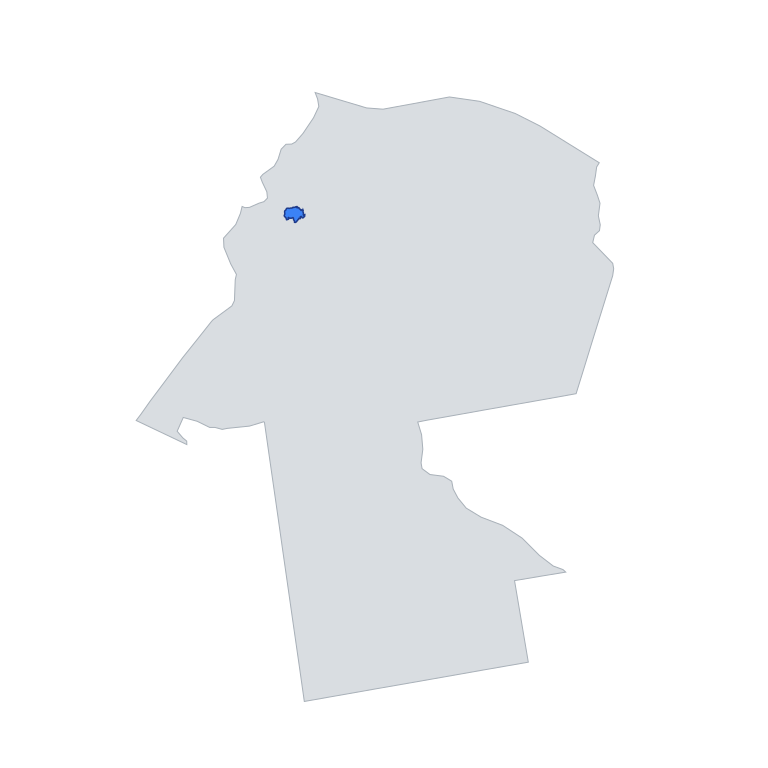 San Manuel Chaparrón, Jalapa, Guatemala shown in context, rotated 170°
{"feature_id": "79465075B10388039742951", "entity_name": "San Manuel Chaparrón", "entity_type": "district", "adm_level": 2, "iso_a3": "GTM", "parent_name": "Guatemala", "parent_adm1": "Jalapa", "projection": "natural_earth1", "projection_center": [-89.778, 14.534], "detail": "fine", "context": "in_parent", "style": "filled", "palette": "blue", "viewbox_px": 768, "rotation_deg": 170, "n_neighbors": 0, "source": "geoboundaries", "source_scale": "gbopen_adm2", "svg_char_len": 4007}
<svg xmlns="http://www.w3.org/2000/svg" viewBox="0 0 768 768"><g transform="rotate(170 384 384)"><path d="M133.6,564.5L136.9,560.8L139.7,552.1L143.1,543.2L141.1,532.9L139.9,524.5L143.7,512.4L143.4,503.2L145.2,497.6L150.9,494.0L153.9,487.0L137.8,463.1L137.8,457.6L140.0,450.9L153.2,425.3L168.9,394.9L186.1,361.3L196.5,341.1L234.3,341.0L259.3,341.0L291.0,341.0L325.5,340.9L348.1,340.9L357.4,340.7L355.8,327.6L357.1,313.0L361.2,299.9L361.2,294.0L354.5,286.9L341.4,282.8L334.2,276.5L334.1,268.5L331.0,258.9L324.6,247.5L311.5,236.0L291.6,224.1L274.7,208.2L260.8,188.3L249.0,175.4L239.9,170.1L237.7,167.2L264.4,167.5L289.6,167.7L289.8,139.1L290.0,113.7L290.2,85.0L335.9,85.1L390.4,85.1L447.0,85.2L491.5,85.2L517.6,85.2L516.4,120.8L515.1,162.0L514.1,192.3L512.8,232.8L511.4,274.1L509.6,330.4L508.4,366.8L508.9,367.7L523.8,365.9L545.8,367.5L551.2,367.4L558.0,370.6L563.2,371.5L574.4,379.7L587.5,385.9L595.9,373.4L591.5,365.9L588.2,362.0L588.7,358.6L634.4,391.1L629.0,396.1L617.4,407.6L596.3,427.4L577.5,445.1L559.3,461.1L543.0,475.6L541.1,477.0L520.3,487.3L516.8,492.1L512.4,512.5L510.3,517.5L514.1,528.9L517.9,546.4L516.7,555.5L502.3,566.8L495.8,576.9L492.9,583.5L490.3,581.8L485.8,581.3L475.6,583.8L470.6,584.4L466.5,587.3L466.0,593.6L468.8,603.8L469.8,609.1L466.9,611.5L454.3,617.6L449.3,623.7L444.5,633.1L438.9,637.1L433.2,636.3L429.1,637.7L420.3,644.8L407.1,658.5L400.0,668.6L399.9,676.2L401.2,683.0L353.2,658.9L337.2,654.8L269.7,655.3L240.8,645.8L207.8,627.6L185.6,611.0L133.6,564.5Z" fill="#d9dde1" stroke="#a8b0b8" stroke-width="1"/><path d="M453.0,566.7L452.9,566.4L452.5,565.9L452.4,565.6L452.3,565.4L452.0,565.3L451.8,565.0L451.6,563.9L451.6,563.5L451.5,563.3L451.4,563.1L451.4,562.7L451.1,562.7L450.8,562.9L450.6,562.7L450.3,562.7L450.2,562.7L450.0,562.8L449.5,562.9L449.3,563.1L449.4,564.4L449.4,564.5L449.2,564.6L448.6,564.1L447.9,563.6L447.3,563.5L446.8,563.6L446.5,563.4L446.1,563.3L444.8,563.7L444.6,563.5L444.4,563.1L444.5,561.5L444.5,561.3L444.2,560.9L443.9,560.4L443.9,559.7L444.1,559.1L443.9,558.9L443.9,558.7L443.3,558.5L442.8,558.6L442.2,558.9L441.9,559.1L441.8,559.3L441.5,559.6L441.3,559.8L441.1,559.8L440.7,560.1L440.1,560.9L439.9,560.9L439.6,561.1L439.0,561.9L438.8,561.9L438.4,561.5L438.2,561.5L437.9,561.4L437.7,561.6L437.5,561.9L437.5,562.8L437.4,563.0L437.3,563.3L437.0,563.4L436.4,563.4L436.0,562.9L436.0,562.6L435.9,562.3L435.8,562.0L435.3,561.7L434.8,561.7L434.4,562.1L434.2,562.1L433.9,562.5L433.6,562.5L433.2,562.8L432.9,563.1L432.8,563.9L432.8,564.0L432.7,564.3L432.6,564.6L432.8,564.6L433.1,564.2L433.5,564.1L433.8,564.1L434.0,564.4L434.1,564.5L434.1,564.8L433.8,565.3L433.8,565.6L433.7,566.4L433.8,566.9L433.7,567.1L433.9,567.4L433.9,567.9L433.7,568.4L433.5,568.7L433.5,568.9L433.6,569.5L433.7,569.3L433.8,569.3L433.8,569.2L434.1,569.3L434.3,569.5L434.5,569.7L434.8,569.7L435.0,569.6L435.2,569.4L435.3,569.3L435.5,569.3L435.6,569.5L435.4,569.7L435.3,569.8L435.4,570.0L435.5,570.1L435.9,570.3L436.0,570.3L436.1,570.5L436.3,570.7L436.3,570.8L436.6,571.1L436.9,571.3L437.0,571.4L437.1,571.5L437.1,571.8L437.1,572.0L437.1,572.3L437.4,572.5L437.5,572.5L437.8,572.5L438.0,572.7L438.1,572.8L438.3,572.7L438.7,572.6L438.8,572.6L439.0,572.6L439.1,572.8L439.2,573.0L438.9,573.3L438.8,573.5L438.7,573.6L438.8,573.8L439.0,573.8L439.3,573.9L439.5,573.9L439.8,573.7L440.0,573.6L440.3,573.8L440.5,573.7L440.9,573.5L441.0,573.5L441.3,573.5L441.5,573.6L441.8,573.6L442.2,573.7L442.3,573.7L442.6,573.7L442.8,573.8L443.0,573.8L443.1,573.7L443.2,573.4L443.3,573.4L443.5,573.4L443.7,573.5L443.9,573.3L444.3,573.3L444.7,573.3L444.9,573.3L445.2,573.4L445.5,573.5L445.9,573.5L446.4,573.4L446.8,573.4L447.0,573.4L447.3,573.5L447.6,573.7L447.8,573.8L448.0,573.8L448.6,573.9L449.2,573.9L449.4,573.8L449.5,573.7L450.0,573.2L450.2,572.8L450.5,572.4L450.9,572.2L451.3,572.0L451.6,571.7L451.8,571.5L451.9,571.2L452.0,570.4L452.1,569.9L452.1,569.4L452.1,569.1L452.1,568.8L452.2,568.5L452.3,568.4L452.6,567.9L452.9,567.5L453.0,567.3L453.0,566.7Z" fill="#3b82f6" stroke="#1e3a8a" stroke-width="1.5"/></g></svg>